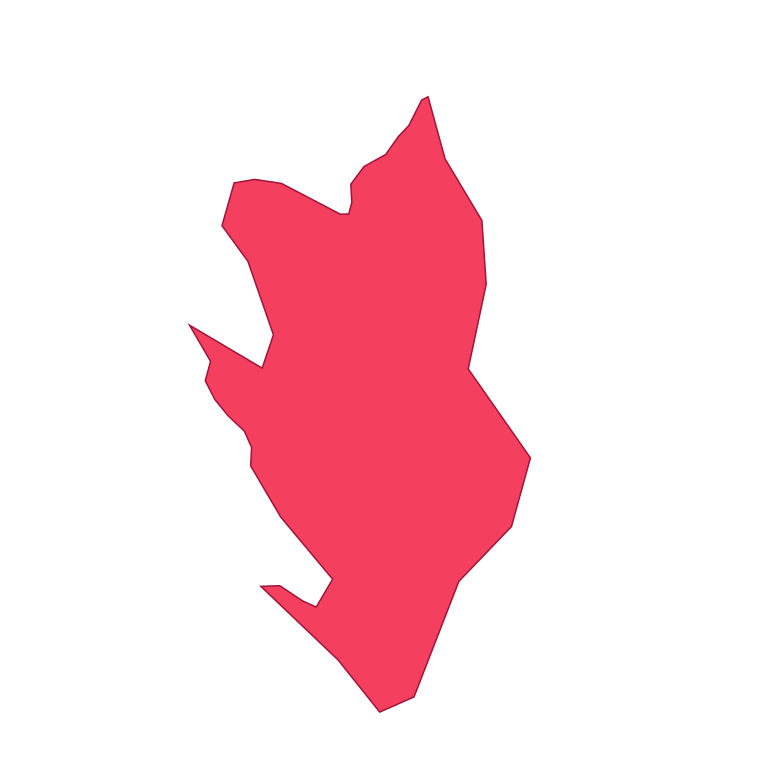 outline of Vilanu, rotated 47°
{"feature_id": "LVA-5753", "entity_name": "Vilanu", "entity_type": "Municipality", "adm_level": 1, "iso_a3": "LVA", "parent_name": "Latvia", "parent_adm1": "", "projection": "equal_earth", "projection_center": [26.851, 56.564], "detail": "fine", "context": "isolated", "style": "filled", "palette": "rose", "viewbox_px": 768, "rotation_deg": 47, "n_neighbors": 0, "source": "natural_earth", "source_scale": "10m", "svg_char_len": 674}
<svg xmlns="http://www.w3.org/2000/svg" viewBox="0 0 768 768"><g transform="rotate(47 384 384)"><path d="M300.7,519.7L280.0,518.3L259.7,512.5L249.1,495.4L208.4,486.1L289.3,462.3L272.6,431.3L201.5,399.9L157.7,394.5L134.7,356.4L146.3,338.9L167.4,322.2L229.9,300.2L235.6,293.9L229.4,283.8L215.3,272.1L211.3,250.3L217.3,226.2L212.8,204.8L211.9,189.6L202.0,162.8L204.0,155.9L261.0,185.8L331.2,200.9L380.8,241.3L430.4,312.1L537.9,327.3L575.2,388.0L579.4,463.9L633.3,575.4L621.0,610.9L554.7,605.8L448.0,612.1L460.4,597.8L487.0,591.5L500.9,585.7L491.7,554.7L411.0,550.3L353.0,537.4L340.1,524.1L323.2,518.3L300.7,519.7Z" fill="#f43f5e" stroke="#9f1239" stroke-width="1.5"/></g></svg>